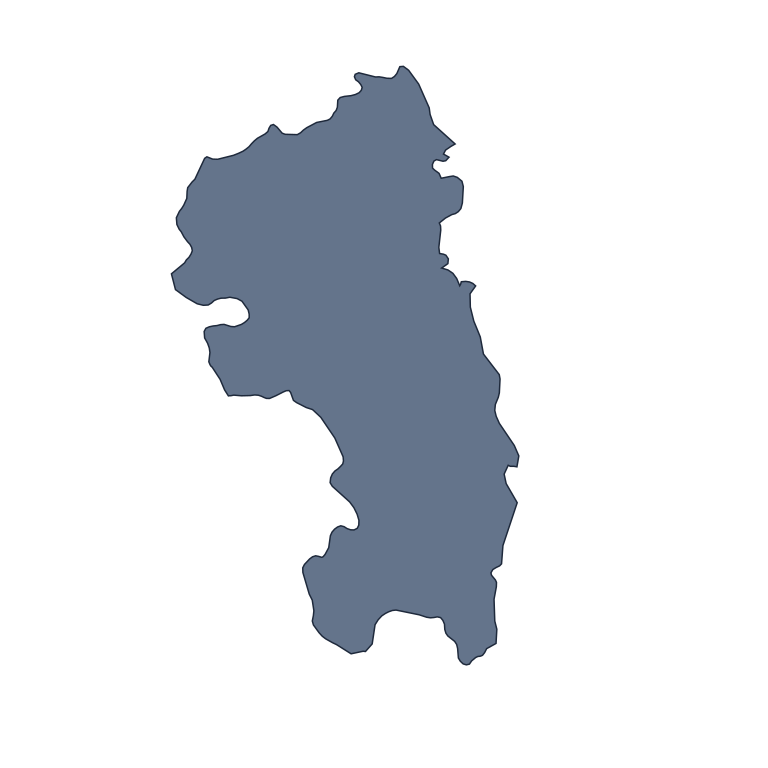 La Rioja, Natural Earth projection, rotated 60°
{"feature_id": "ESP-5828", "entity_name": "La Rioja", "entity_type": "Autonomous Community", "adm_level": 1, "iso_a3": "ESP", "parent_name": "Spain", "parent_adm1": "", "projection": "natural_earth1", "projection_center": [-2.502, 42.281], "detail": "fine", "context": "isolated", "style": "filled", "palette": "slate", "viewbox_px": 768, "rotation_deg": 60, "n_neighbors": 0, "source": "natural_earth", "source_scale": "10m", "svg_char_len": 3936}
<svg xmlns="http://www.w3.org/2000/svg" viewBox="0 0 768 768"><g transform="rotate(60 384 384)"><path d="M382.8,275.9L391.4,277.1L407.8,282.9L433.5,279.5L437.7,281.0L449.3,288.5L452.6,291.6L457.4,297.8L462.3,301.3L468.1,303.0L475.8,303.8L502.4,301.9L513.7,303.2L522.2,310.3L520.2,312.7L518.4,315.8L516.5,317.1L522.1,325.0L531.3,328.0L553.4,328.0L583.4,361.8L598.5,372.1L599.3,374.8L599.0,378.6L599.1,382.5L601.0,385.8L603.4,386.5L609.5,385.5L612.1,385.8L615.8,388.1L625.4,396.3L644.7,406.6L652.8,408.9L664.7,416.7L664.5,427.4L666.9,431.1L668.2,434.3L668.0,436.2L667.6,437.4L666.9,438.9L666.7,441.3L667.6,446.5L669.3,450.1L668.4,453.1L666.0,455.4L662.4,456.5L658.5,456.6L649.9,452.5L645.9,451.3L642.2,451.5L634.2,454.7L630.8,455.0L627.0,454.1L622.2,451.7L618.1,451.2L614.6,451.8L612.3,454.3L611.2,457.5L609.7,460.7L607.3,463.7L601.5,468.9L585.8,486.6L584.3,490.0L583.6,493.8L583.4,497.5L583.7,501.9L585.3,507.0L588.0,512.1L603.2,524.2L606.4,533.8L605.0,535.7L601.2,547.4L585.8,555.5L582.5,557.8L575.4,562.0L571.5,563.6L566.9,564.6L557.4,565.6L553.4,564.6L549.3,561.0L545.3,558.1L535.3,554.2L528.6,553.8L506.7,548.5L502.6,546.3L500.5,543.1L498.3,535.8L497.9,532.3L498.6,529.1L500.6,526.8L502.1,525.4L502.9,524.7L503.1,524.1L503.1,522.9L502.1,520.2L498.1,513.7L488.6,506.3L486.3,503.1L485.0,499.4L484.6,495.7L485.2,492.3L487.6,489.9L490.7,488.3L493.6,485.8L495.4,482.9L495.6,479.3L493.6,476.4L489.6,473.9L483.4,472.4L476.1,471.9L469.0,472.7L446.8,479.9L442.5,480.0L438.6,477.1L436.1,473.7L434.8,470.0L434.5,466.4L433.6,462.8L432.6,459.7L430.4,457.6L426.6,455.8L406.2,453.6L381.2,455.4L370.4,458.7L365.5,463.1L356.4,469.0L352.9,470.6L344.6,469.1L342.2,469.5L340.9,472.1L340.5,475.7L340.1,483.5L339.3,490.3L337.7,493.0L335.6,494.7L333.4,496.2L330.9,498.4L328.8,501.5L327.2,505.5L322.9,513.4L318.5,519.7L317.6,522.4L316.8,523.9L316.5,524.7L309.4,525.0L298.0,523.6L283.6,524.4L281.7,525.0L280.2,525.0L277.2,524.6L269.7,519.0L265.4,517.3L260.5,516.4L254.4,516.3L248.6,513.5L246.7,510.4L247.1,506.7L248.3,503.0L249.9,499.4L250.9,495.8L252.4,492.7L257.6,487.9L259.7,484.8L261.1,477.7L261.0,474.1L260.4,470.6L259.2,467.6L256.0,465.8L251.9,464.6L241.3,465.6L236.6,468.5L231.8,474.1L230.3,478.4L228.2,482.2L227.2,485.8L226.8,489.3L227.6,492.9L227.7,496.7L225.5,501.1L221.1,505.7L210.2,512.0L198.0,517.4L182.3,513.0L179.4,496.1L177.7,493.1L176.8,489.6L175.0,486.2L172.8,483.4L169.6,482.3L166.0,482.2L162.5,483.0L156.6,483.7L150.6,483.5L147.6,484.0L142.3,483.6L136.2,480.7L132.2,474.9L130.8,471.4L129.0,468.0L124.7,462.0L118.6,458.1L115.8,455.8L113.1,449.2L112.1,445.4L98.9,426.5L98.7,423.8L103.6,419.9L106.2,415.7L110.7,400.0L111.5,394.4L111.9,389.6L111.6,385.9L111.0,382.2L109.7,378.6L108.6,374.7L107.9,370.7L108.0,362.0L107.3,358.3L105.0,355.7L103.4,352.8L104.0,350.0L108.0,348.2L115.8,346.8L118.3,344.8L124.7,334.4L124.7,330.5L123.8,326.8L123.4,322.7L123.8,311.6L127.3,301.3L127.5,298.3L126.3,294.9L124.3,292.0L123.2,288.7L121.0,286.0L115.1,282.1L114.0,278.7L115.1,274.6L117.8,268.4L119.0,264.0L119.3,259.9L118.3,256.8L116.2,254.6L113.0,254.4L109.5,255.0L106.4,256.4L103.1,256.0L101.4,254.1L101.9,250.2L113.9,237.8L115.5,234.7L118.0,231.6L120.6,228.7L123.1,224.7L122.9,221.2L121.6,217.7L117.1,211.6L118.6,208.4L124.6,205.8L141.6,204.0L167.5,206.8L173.6,209.3L184.2,211.3L211.7,202.4L211.7,207.2L212.2,213.7L214.6,217.5L220.1,214.3L221.5,218.9L220.6,221.5L215.9,226.4L215.9,229.3L218.1,232.3L221.3,234.0L224.1,233.2L229.1,231.0L234.4,231.6L237.1,223.6L238.5,220.0L241.7,217.2L247.4,215.1L252.7,216.6L266.4,225.6L270.5,229.7L271.9,233.5L272.1,237.1L271.2,240.5L271.0,247.7L272.2,255.6L275.4,256.0L279.1,257.9L293.1,268.2L298.8,270.6L301.3,267.6L303.4,266.0L307.8,265.7L311.7,268.5L312.4,276.1L317.2,271.6L322.6,269.0L329.0,268.3L336.8,269.3L335.9,267.8L335.5,267.3L335.0,266.9L334.1,265.9L336.0,261.9L338.4,258.9L341.3,256.8L344.9,255.6L348.9,264.4L360.6,270.8L374.5,274.8L382.8,275.9Z" fill="#64748b" stroke="#1e293b" stroke-width="1.5"/></g></svg>